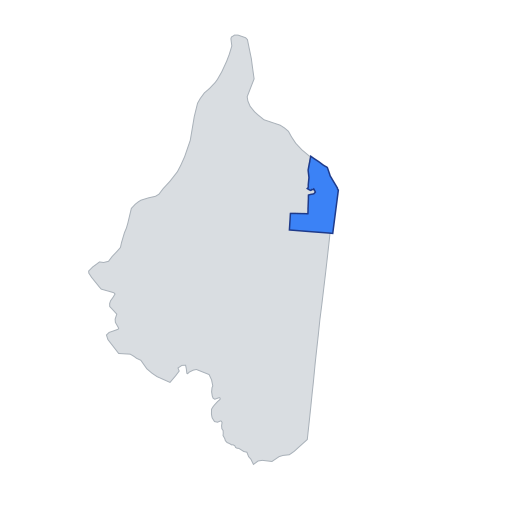 Abu Kamal, Dayr Az Zawr, Syria (highlighted), rotated 307°
{"feature_id": "27442178B22276011833046", "entity_name": "Abu Kamal", "entity_type": "district", "adm_level": 2, "iso_a3": "SYR", "parent_name": "Syria", "parent_adm1": "Dayr Az Zawr", "projection": "albers", "projection_center": [40.768, 34.588], "detail": "fine", "context": "in_parent", "style": "filled", "palette": "blue", "viewbox_px": 512, "rotation_deg": 307, "n_neighbors": 0, "source": "geoboundaries", "source_scale": "gbopen_adm2", "svg_char_len": 3736}
<svg xmlns="http://www.w3.org/2000/svg" viewBox="0 0 512 512"><g transform="rotate(307 256 256)"><path d="M102.9,184.1L106.6,184.7L114.4,189.9L115.7,189.8L118.4,183.6L120.8,181.5L125.8,179.8L127.6,169.6L130.0,167.7L132.8,166.8L137.0,166.7L140.8,166.3L141.1,164.5L136.4,152.3L137.0,149.4L140.0,137.5L141.7,132.8L143.3,131.4L149.1,132.2L157.1,134.6L159.1,138.2L163.0,141.4L169.0,141.4L175.9,142.2L181.3,142.6L185.6,140.6L195.5,136.9L200.3,135.7L204.8,134.0L219.0,127.8L224.6,128.4L228.4,129.4L231.3,130.5L237.8,135.2L243.2,139.8L247.0,141.3L253.9,141.3L263.9,142.3L276.1,142.5L283.3,141.3L292.5,139.2L308.8,133.9L330.2,122.8L342.8,117.4L348.2,116.7L355.2,116.6L362.2,118.1L370.2,119.0L373.9,118.9L382.6,117.8L393.7,115.4L400.7,113.4L409.2,110.3L414.4,105.2L416.1,104.6L418.3,105.5L419.4,105.8L421.6,108.7L424.0,116.1L424.0,116.9L423.6,119.0L418.1,125.2L410.7,133.6L405.3,138.9L396.3,147.9L389.5,149.8L377.9,153.1L374.9,156.2L372.0,161.2L370.3,168.0L369.9,172.3L369.6,180.3L372.3,188.5L375.0,196.5L375.4,201.7L375.1,206.9L372.6,212.4L369.9,220.0L368.4,228.6L367.6,244.7L367.6,258.3L367.4,260.6L362.6,270.2L356.9,281.5L354.3,284.1L341.8,287.5L328.2,295.7L312.9,304.9L298.9,313.2L284.3,321.8L269.0,330.7L258.0,337.1L243.3,345.5L229.9,353.6L216.2,361.7L205.8,367.9L190.0,377.6L180.6,383.2L166.9,391.5L154.7,398.8L140.3,407.4L122.8,404.0L117.3,402.2L113.0,397.6L109.7,395.2L101.5,392.4L96.6,384.0L93.5,381.0L88.0,379.4L90.6,374.3L91.3,370.9L93.8,366.8L92.5,363.9L92.0,358.0L91.1,356.6L90.8,355.0L91.7,353.2L91.4,351.2L90.5,350.3L90.2,347.4L89.6,345.2L90.1,342.6L91.4,340.9L92.8,337.7L94.3,336.8L96.8,334.8L97.5,332.7L99.7,330.7L102.6,329.1L103.2,327.8L102.9,326.9L100.1,325.3L98.8,322.5L100.3,318.5L101.3,317.3L103.0,315.5L106.9,312.7L109.9,312.4L112.4,312.5L116.7,312.9L120.0,313.6L120.9,312.9L120.8,311.9L116.8,309.3L116.6,307.4L117.8,305.4L120.8,302.3L124.4,300.1L126.2,299.7L130.3,295.1L133.1,289.9L129.5,276.7L127.1,274.6L123.2,272.6L120.8,272.2L120.7,271.4L124.0,268.2L126.4,265.5L124.0,262.6L119.6,261.1L117.9,263.9L112.2,263.9L103.3,263.4L100.1,249.6L99.8,243.6L100.2,236.7L103.4,226.8L102.4,222.1L102.4,219.0L101.9,214.6L95.5,205.0L100.1,188.1L102.9,184.1Z" fill="#d9dde1" stroke="#a8b0b8" stroke-width="1"/><path d="M320.2,303.7L357.5,282.5L357.7,282.4L358.2,282.1L358.5,280.9L358.6,280.7L359.0,280.4L359.3,280.1L360.0,278.3L360.1,278.1L360.2,277.9L363.1,270.7L363.6,269.6L363.8,269.1L364.6,267.0L366.0,265.1L366.7,264.0L366.8,263.9L369.4,260.0L369.5,259.8L369.6,259.6L369.5,258.3L369.3,257.0L369.2,256.1L369.1,254.9L369.1,252.5L369.1,251.0L369.1,250.2L369.1,249.5L369.1,249.3L368.9,246.3L368.7,242.9L368.7,241.5L368.6,241.4L368.6,240.9L368.6,240.5L368.6,239.7L367.1,240.4L365.2,241.3L364.3,241.8L364.2,241.9L364.0,242.0L363.4,242.3L362.0,242.9L357.4,245.2L356.0,245.9L355.8,246.1L354.9,246.9L352.4,249.3L350.5,251.1L344.6,254.7L344.0,255.1L343.8,255.3L343.1,255.8L342.7,256.2L342.5,256.3L342.4,256.3L342.2,256.4L341.5,256.5L341.2,256.4L340.8,256.3L340.7,256.3L340.9,258.4L341.0,259.1L341.2,259.8L341.2,260.0L341.4,260.3L341.7,260.4L342.0,260.5L342.5,260.6L342.8,260.6L342.9,260.9L343.0,261.0L343.3,261.5L343.6,261.9L344.0,261.9L344.3,261.8L344.3,262.0L344.2,262.2L344.1,262.4L343.6,263.4L343.2,264.1L342.9,264.9L342.8,265.0L342.4,265.0L342.0,264.9L341.7,264.8L341.2,264.9L340.7,264.8L339.9,264.3L338.8,263.3L338.2,262.7L336.5,261.4L336.3,261.2L336.1,261.3L335.4,261.8L333.4,263.3L328.8,266.5L327.5,267.4L327.4,267.5L324.9,269.2L323.9,270.0L321.6,271.6L321.0,272.0L320.8,271.8L318.8,268.9L318.1,268.0L316.6,265.9L315.3,264.1L313.6,261.7L311.4,258.8L310.9,258.1L310.7,257.9L310.3,258.2L310.2,258.2L305.9,261.1L301.0,264.3L296.9,267.0L308.2,284.8L317.9,299.9L320.2,303.7Z" fill="#3b82f6" stroke="#1e3a8a" stroke-width="1.5"/></g></svg>